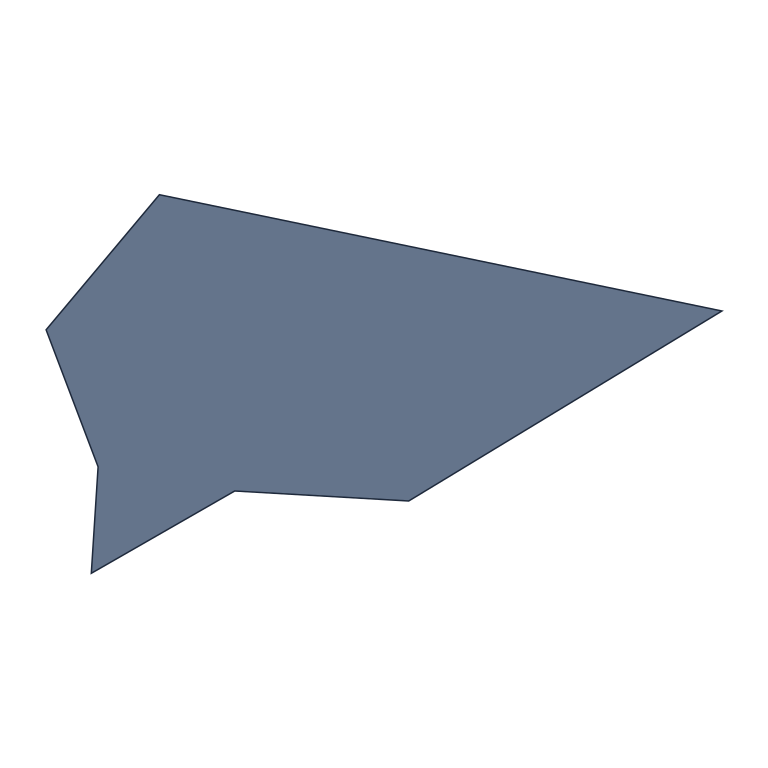 map outline of North Hill (Robinson projection)
{"feature_id": "AIA-5118", "entity_name": "North Hill", "entity_type": "District", "adm_level": 1, "iso_a3": "AIA", "parent_name": "Anguilla", "parent_adm1": "", "projection": "robinson", "projection_center": [-63.07, 18.224], "detail": "fine", "context": "isolated", "style": "filled", "palette": "slate", "viewbox_px": 768, "rotation_deg": 0, "n_neighbors": 0, "source": "natural_earth", "source_scale": "10m", "svg_char_len": 224}
<svg xmlns="http://www.w3.org/2000/svg" viewBox="0 0 768 768"><path d="M46.1,329.8L159.4,194.7L721.9,311.0L408.7,501.0L234.7,491.0L91.3,573.3L98.1,466.8L46.1,329.8Z" fill="#64748b" stroke="#1e293b" stroke-width="1.5"/></svg>